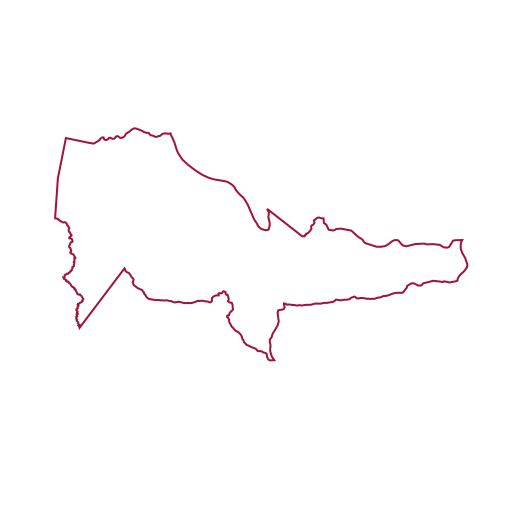 outline of Prainha, Pará, Brazil, rotated 101°
{"feature_id": "56859067B77775808132226", "entity_name": "Prainha", "entity_type": "district", "adm_level": 2, "iso_a3": "BRA", "parent_name": "Brazil", "parent_adm1": "Pará", "projection": "equal_earth", "projection_center": [-53.549, -1.918], "detail": "fine", "context": "isolated", "style": "outline", "palette": "rose", "viewbox_px": 512, "rotation_deg": 101, "n_neighbors": 0, "source": "geoboundaries", "source_scale": "gbopen_adm2", "svg_char_len": 6122}
<svg xmlns="http://www.w3.org/2000/svg" viewBox="0 0 512 512"><g transform="rotate(101 256 256)"><path d="M201.0,56.6L202.4,63.1L203.4,65.5L210.1,68.1L211.2,69.4L211.7,73.2L210.0,77.7L210.6,84.5L212.0,90.6L211.7,93.3L213.9,101.9L217.8,110.3L217.7,113.4L217.2,114.6L213.7,119.2L213.4,120.9L214.3,123.6L215.5,125.1L219.5,128.6L221.7,131.2L223.2,135.5L223.9,139.5L222.6,150.4L222.0,152.3L220.0,154.2L219.0,155.7L218.3,158.0L217.7,159.4L212.9,167.3L212.9,177.6L214.1,182.4L215.0,183.1L216.3,185.1L216.3,189.7L211.8,193.0L210.7,195.6L206.2,196.9L206.5,198.1L206.4,200.3L206.2,201.1L206.4,202.2L207.2,203.6L209.2,204.9L209.5,205.6L210.1,206.0L212.3,204.9L214.3,205.8L215.4,207.2L215.9,207.4L216.5,207.5L218.9,206.8L221.3,207.8L223.1,209.0L224.3,210.1L224.5,210.9L225.2,211.0L225.9,211.7L226.4,211.5L227.4,212.1L227.5,213.2L228.0,214.1L207.6,254.1L211.0,251.6L216.2,251.2L216.9,250.6L221.1,248.8L223.6,248.4L227.4,248.6L228.3,249.6L228.8,251.0L228.8,252.1L228.6,254.8L228.1,256.7L226.5,259.4L223.3,261.9L221.7,263.7L219.1,265.8L207.3,273.8L203.4,277.3L201.2,279.5L199.3,282.8L196.9,286.1L194.7,288.8L193.2,289.6L191.8,291.2L190.6,293.1L188.7,298.0L188.5,300.6L188.8,311.9L188.2,317.7L186.6,324.1L183.3,332.4L179.5,340.0L175.5,346.5L170.7,351.4L167.6,353.7L160.6,357.5L155.6,360.8L153.8,362.4L151.9,363.3L152.8,365.4L152.8,367.9L153.4,370.0L154.1,371.2L156.5,373.2L156.9,374.6L157.9,375.9L158.2,377.7L157.6,379.9L157.5,382.4L157.3,383.0L155.6,384.9L156.0,387.0L155.6,389.8L154.7,392.4L153.8,397.7L153.7,398.6L154.1,400.3L156.0,402.5L158.1,404.0L160.6,406.8L163.7,408.0L165.2,409.5L165.9,411.0L165.9,411.9L164.8,414.4L164.8,415.3L165.7,416.4L167.2,417.0L168.0,417.9L168.4,419.4L167.9,420.7L167.7,421.7L167.9,422.3L168.3,423.0L169.3,423.2L169.8,423.8L170.7,425.1L170.8,425.8L170.6,427.0L170.3,427.5L168.7,428.3L169.0,429.7L170.6,431.2L171.9,431.7L172.6,432.2L176.6,436.6L176.8,441.1L176.5,465.1L217.7,465.3L257.3,460.4L257.3,457.9L257.5,457.3L258.0,457.0L258.3,455.8L258.7,455.5L259.8,452.1L259.8,451.4L259.3,450.3L259.5,449.2L260.9,447.4L261.8,447.3L262.4,446.2L264.2,444.6L265.7,445.0L267.4,444.5L268.2,443.7L268.3,443.0L269.1,442.8L269.8,442.0L270.3,441.9L270.9,441.0L272.6,442.0L273.3,442.8L274.2,442.7L274.4,440.3L274.9,439.7L276.7,438.8L277.2,439.1L278.0,440.4L281.9,441.3L283.1,440.9L283.4,440.2L284.0,439.6L286.2,438.3L287.5,438.6L287.9,439.0L288.7,438.4L289.1,437.1L289.3,435.6L292.2,433.0L292.8,434.0L294.0,433.4L294.7,433.6L295.4,433.2L296.9,433.7L297.4,432.9L299.8,433.1L300.9,432.9L301.9,434.1L303.2,433.8L304.5,434.4L305.1,434.1L306.5,435.0L306.7,435.6L307.7,435.7L308.2,436.6L309.2,436.9L309.5,437.4L309.4,438.2L310.3,438.7L310.6,439.6L311.2,440.2L313.2,439.8L313.7,440.4L313.8,441.0L315.2,439.9L315.4,438.7L316.0,437.5L316.6,437.8L317.4,436.3L317.0,435.2L318.3,434.1L318.4,433.4L320.8,431.2L321.4,430.2L321.5,429.2L322.3,428.0L322.9,428.2L323.5,427.3L323.5,426.6L324.2,426.4L327.5,423.8L327.7,422.8L327.4,421.4L327.9,421.1L328.3,419.9L331.3,417.3L331.7,417.7L332.5,417.9L333.2,417.6L333.8,418.4L334.4,418.3L335.2,419.1L335.6,420.0L336.6,420.6L337.0,421.7L337.7,421.8L338.0,421.2L338.8,420.7L339.5,421.4L340.3,421.5L341.2,421.0L341.8,421.3L342.6,422.2L343.7,421.9L344.5,420.6L345.0,420.5L345.7,420.9L346.6,420.0L346.8,420.7L347.3,421.1L349.2,420.0L350.2,420.9L350.7,420.4L351.8,420.5L352.4,419.6L353.2,419.9L354.5,418.8L355.0,417.9L356.0,417.8L356.6,417.1L357.1,416.8L357.4,416.1L358.2,417.1L359.2,415.9L360.1,415.5L293.2,382.7L294.1,382.0L295.0,381.7L295.7,381.0L296.6,379.6L296.8,377.8L298.8,375.4L299.8,374.8L301.8,372.2L302.6,371.6L305.5,371.9L307.7,370.7L310.1,366.1L310.4,364.4L310.8,363.5L310.9,362.3L311.3,361.1L312.5,360.1L313.1,359.0L314.3,358.7L315.2,357.4L317.4,355.3L318.3,353.7L318.6,352.5L318.4,345.6L317.8,343.8L317.9,341.6L317.6,341.1L317.1,337.1L316.5,335.3L316.7,331.9L316.4,330.8L317.0,328.9L317.0,326.4L315.6,323.1L315.9,317.5L315.6,315.5L314.9,313.2L314.7,310.7L312.7,306.9L311.2,304.9L311.1,303.8L310.0,299.3L310.3,298.3L309.9,295.0L310.4,292.6L310.3,292.0L308.9,290.6L305.9,291.2L304.0,290.1L302.4,288.0L301.8,285.1L300.0,285.6L299.4,285.1L299.4,283.3L299.0,282.3L297.2,281.7L296.9,281.3L296.9,280.3L297.1,279.1L297.7,278.8L298.6,278.8L299.5,278.1L299.8,277.1L299.5,276.6L301.3,275.4L302.1,275.3L303.3,274.6L304.4,274.5L305.8,274.9L306.7,273.2L306.5,270.9L308.7,269.6L310.9,269.1L312.6,268.4L313.1,268.4L316.7,270.9L319.2,271.2L319.8,272.5L320.5,273.0L321.4,272.8L321.7,271.9L323.5,270.3L325.3,269.9L326.6,269.2L327.8,268.0L329.6,266.8L331.3,264.3L332.6,263.0L333.7,260.5L334.0,259.0L336.1,256.0L338.0,254.4L339.9,253.7L340.9,252.4L343.0,251.2L343.8,249.7L344.6,249.0L345.1,248.0L345.4,246.2L346.1,244.1L347.0,239.1L347.5,237.8L348.9,236.4L348.9,235.1L348.5,233.4L348.7,231.5L349.3,230.6L349.4,228.4L349.8,227.3L350.1,226.8L353.0,225.9L355.0,224.3L355.6,223.4L355.8,222.2L354.8,218.2L351.8,221.2L347.2,223.7L343.8,224.5L342.5,224.4L340.3,224.9L337.7,226.1L335.9,226.4L334.0,225.9L333.3,225.3L332.5,225.1L329.7,225.0L320.1,221.5L315.9,221.2L308.2,223.8L305.8,223.9L305.0,223.7L303.4,219.5L302.4,218.4L300.8,218.1L298.1,219.4L297.3,219.5L297.2,218.1L297.8,216.5L297.4,214.7L297.1,212.8L297.2,210.9L296.8,209.3L296.9,206.3L296.0,204.3L295.9,201.9L294.3,197.3L293.4,192.8L291.7,189.5L291.1,187.4L290.4,183.1L289.0,180.4L288.6,177.8L286.4,171.7L285.4,170.5L284.0,169.6L283.5,168.7L283.4,164.4L282.2,161.5L281.4,158.1L280.7,156.3L280.4,155.8L278.9,154.7L277.1,151.8L277.1,151.0L278.1,149.5L278.3,147.7L277.4,145.7L277.1,144.6L276.7,141.2L277.0,139.4L276.4,137.8L276.5,136.6L275.4,131.5L273.9,129.0L272.6,125.4L271.1,123.6L270.5,121.1L269.6,119.0L266.9,114.7L265.6,112.0L265.1,110.1L264.3,105.8L263.9,104.9L262.7,104.0L260.4,103.1L258.3,101.9L257.2,102.1L256.5,101.9L253.3,98.3L252.9,97.2L252.8,95.2L254.1,90.8L253.6,89.0L253.2,87.9L251.0,86.7L250.5,85.9L248.9,82.2L246.5,77.4L246.0,70.8L246.0,68.3L245.7,67.3L245.3,67.1L244.9,65.8L245.1,61.2L242.5,54.6L241.6,53.5L240.1,53.7L238.2,53.2L235.3,51.9L231.9,49.2L228.0,47.2L227.1,46.8L225.1,46.7L223.8,47.1L220.0,49.2L218.1,50.3L213.5,54.2L210.6,56.0L209.1,56.6L204.9,57.3L203.4,57.3L201.0,56.6Z" fill="none" stroke="#9f1239" stroke-width="2"/></g></svg>